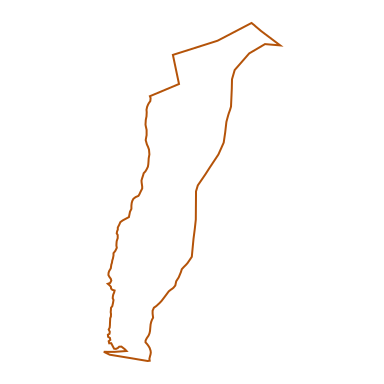 Maranhãozinho, Maranhão, Brazil
{"feature_id": "56859067B901254953540", "entity_name": "Maranhãozinho", "entity_type": "district", "adm_level": 2, "iso_a3": "BRA", "parent_name": "Brazil", "parent_adm1": "Maranhão", "projection": "natural_earth1", "projection_center": [-45.993, -2.425], "detail": "fine", "context": "isolated", "style": "outline", "palette": "amber", "viewbox_px": 384, "rotation_deg": 0, "n_neighbors": 0, "source": "geoboundaries", "source_scale": "gbopen_adm2", "svg_char_len": 2522}
<svg xmlns="http://www.w3.org/2000/svg" viewBox="0 0 384 384"><path d="M103.8,351.8L109.7,354.7L132.3,358.4L137.5,359.3L139.9,359.7L147.7,361.0L149.7,360.7L149.4,358.8L150.0,356.2L150.5,354.5L150.8,352.6L150.6,350.8L149.6,347.8L148.3,345.7L147.2,344.2L145.5,342.3L145.6,340.5L146.7,338.3L148.6,335.5L149.5,333.3L150.0,331.0L150.6,324.4L151.2,321.9L152.0,319.7L153.1,317.7L152.6,313.7L152.6,310.7L153.9,307.7L156.1,306.2L159.5,303.1L161.5,301.0L164.7,296.8L168.8,291.3L170.8,289.7L172.3,288.7L173.5,287.7L175.3,285.5L176.2,281.3L177.6,279.1L178.7,277.4L180.9,272.1L181.8,269.2L183.7,267.1L186.1,264.7L187.6,263.0L191.8,256.8L193.5,238.9L194.8,228.8L195.8,219.6L196.0,194.9L196.0,191.4L197.8,185.4L205.4,174.3L209.9,167.3L218.4,154.5L223.7,142.6L225.2,132.4L226.4,121.9L227.3,118.5L228.3,114.9L228.9,113.0L230.0,110.0L231.0,106.6L231.8,88.5L232.0,79.3L232.6,77.2L234.7,70.0L249.2,53.4L265.0,44.1L280.2,45.4L261.3,31.2L255.6,26.4L254.2,25.1L251.5,23.0L217.6,40.7L213.9,41.9L172.9,54.9L179.0,84.0L149.9,96.2L150.6,98.1L150.3,101.1L148.8,103.2L148.0,104.7L147.1,106.9L146.5,109.8L146.7,112.2L146.5,116.4L145.8,119.8L145.5,124.6L145.8,126.3L146.6,129.9L146.6,132.8L146.6,135.2L146.1,137.8L145.7,140.1L146.9,144.4L148.0,146.8L149.0,149.6L149.2,152.1L149.4,154.4L148.7,158.3L148.5,161.6L148.3,164.2L147.9,166.7L146.7,169.2L145.4,171.4L143.7,173.2L143.2,175.0L142.0,178.7L141.5,180.5L141.6,182.3L142.2,186.6L142.2,188.5L141.4,190.1L140.5,191.9L139.3,194.5L138.4,195.9L135.6,197.1L133.4,198.8L132.3,200.9L131.7,203.0L131.4,205.7L131.4,208.9L130.0,211.7L129.4,214.7L128.9,217.1L125.7,218.8L122.9,220.3L121.6,221.2L120.3,222.2L119.3,224.6L117.8,227.5L117.8,229.6L117.1,231.3L116.7,233.4L117.7,235.0L117.7,238.1L116.7,241.1L116.5,243.3L116.4,245.6L116.8,247.8L115.3,250.9L113.5,253.2L113.5,255.5L112.9,258.6L112.3,260.4L111.9,262.9L111.3,264.7L110.8,268.3L109.2,271.0L108.6,272.7L108.4,275.0L109.4,276.9L110.8,278.8L111.3,280.6L110.2,282.9L107.8,283.8L109.8,285.5L110.9,286.8L111.1,288.6L112.3,289.8L114.6,290.5L114.1,292.6L113.3,294.4L112.9,296.2L112.7,298.2L113.5,300.0L113.0,303.0L112.3,306.1L111.0,307.8L110.9,310.1L110.7,312.1L111.0,314.0L110.9,316.5L110.2,318.3L110.1,320.6L110.0,322.5L109.9,325.4L109.7,327.6L108.7,329.5L109.8,331.8L109.5,333.8L107.9,334.7L108.1,336.8L109.9,337.9L110.3,339.9L108.7,341.2L109.2,343.3L111.2,343.2L112.6,345.9L114.1,348.7L115.9,348.9L117.7,348.1L119.2,346.7L121.4,346.6L123.6,348.3L124.9,349.3L126.5,351.0L114.1,351.9L112.4,351.9L103.8,351.8Z" fill="none" stroke="#b45309" stroke-width="2"/></svg>